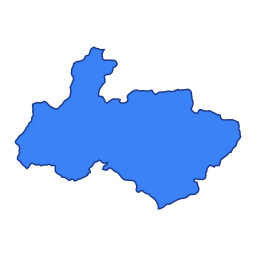 Tarumirim, Minas Gerais, Brazil
{"feature_id": "56859067B24314979756664", "entity_name": "Tarumirim", "entity_type": "district", "adm_level": 2, "iso_a3": "BRA", "parent_name": "Brazil", "parent_adm1": "Minas Gerais", "projection": "mercator", "projection_center": [-41.91, -19.288], "detail": "fine", "context": "isolated", "style": "filled", "palette": "blue", "viewbox_px": 256, "rotation_deg": 0, "n_neighbors": 0, "source": "geoboundaries", "source_scale": "gbopen_adm2", "svg_char_len": 4514}
<svg xmlns="http://www.w3.org/2000/svg" viewBox="0 0 256 256"><path d="M231.0,152.3L231.8,150.4L233.0,148.3L234.6,146.9L235.9,145.8L236.6,143.7L237.1,141.8L238.0,140.3L239.5,138.8L240.6,136.9L240.0,134.4L240.0,132.5L239.7,130.8L238.6,129.1L239.1,126.8L238.8,124.5L238.2,122.3L236.2,121.4L234.5,120.5L232.4,119.8L230.0,119.8L227.5,119.8L225.6,120.0L223.4,119.9L221.5,119.2L220.6,117.6L220.2,115.3L218.5,114.7L216.9,114.6L215.0,113.4L212.7,112.4L211.1,111.4L209.0,110.7L207.4,111.1L204.8,111.1L202.6,110.2L201.2,109.8L199.7,109.7L198.5,111.0L197.7,113.3L195.4,113.0L193.2,111.9L192.1,110.6L191.1,109.4L192.0,107.1L192.9,104.6L192.9,102.9L192.7,100.6L191.9,98.6L191.8,96.9L191.5,94.8L191.3,92.3L190.0,90.2L187.8,89.3L185.6,89.6L183.4,89.9L181.6,89.9L179.7,90.4L178.3,89.5L176.3,90.0L174.2,91.1L171.9,91.6L170.0,91.3L168.1,91.1L166.1,91.6L164.7,91.9L162.5,92.1L160.1,92.1L158.4,92.6L157.1,93.6L155.5,94.5L154.1,93.5L153.0,92.2L152.3,90.6L150.4,90.3L148.6,91.2L145.9,91.0L143.1,90.6L141.0,91.1L139.5,90.8L137.1,90.1L134.9,90.3L133.1,91.2L131.6,91.9L130.4,93.1L128.7,94.3L127.3,96.3L127.6,98.3L127.9,99.8L127.2,101.5L125.4,102.7L123.7,103.0L122.1,103.1L120.3,102.7L119.3,101.6L120.2,99.8L118.3,99.2L116.1,99.1L114.3,98.9L112.3,99.3L110.4,100.6L108.7,101.9L106.9,103.0L105.2,102.0L104.3,99.8L103.7,98.3L102.4,96.6L100.5,96.4L98.9,96.3L98.5,94.5L98.8,92.3L99.2,90.4L100.2,88.1L101.8,85.9L102.9,84.3L104.7,82.5L105.0,79.5L104.2,77.2L104.7,75.6L106.3,74.6L108.2,74.4L110.0,74.1L111.7,72.7L112.7,70.6L113.0,68.1L114.3,67.2L115.9,66.3L117.1,64.2L116.4,62.0L114.6,60.4L112.5,60.3L108.4,60.2L106.7,60.3L104.6,60.1L102.7,59.2L102.3,56.5L102.2,54.7L102.4,53.1L103.2,51.3L104.1,49.6L102.2,49.7L100.0,49.6L98.3,48.8L95.5,48.2L94.2,47.2L92.1,48.2L90.6,49.7L90.2,51.3L89.6,53.3L88.7,55.2L85.7,55.9L84.8,57.5L84.2,59.1L82.7,60.2L81.2,60.8L79.6,61.3L77.4,61.6L75.4,62.3L73.6,63.8L73.3,66.2L72.1,68.1L71.6,71.0L71.4,73.2L72.0,75.3L73.5,77.4L73.4,80.1L72.3,82.2L71.7,84.5L70.7,85.9L70.2,87.4L70.7,89.4L71.0,91.6L70.4,93.6L70.2,95.6L69.1,97.8L67.4,99.1L65.6,100.1L64.0,101.5L63.0,103.4L61.7,104.9L59.9,106.3L58.0,108.6L55.8,108.9L54.1,108.5L52.6,107.6L50.9,106.7L49.1,105.5L47.4,103.5L46.0,102.0L44.3,101.4L42.2,102.5L40.0,103.2L38.4,102.5L36.5,102.8L34.4,103.5L32.6,104.3L32.8,106.9L33.1,109.2L32.8,111.1L33.0,112.9L33.5,114.8L32.4,116.5L31.7,118.4L31.7,120.4L31.0,121.7L29.3,122.8L28.6,124.3L28.0,126.0L26.4,127.3L25.8,129.0L24.7,130.6L23.7,132.2L22.3,133.9L20.5,135.1L18.9,136.6L17.6,138.8L16.2,140.1L15.4,141.7L16.1,143.6L18.0,144.8L19.1,146.1L19.7,147.9L19.1,150.4L19.5,153.4L18.7,155.0L17.9,156.2L17.4,159.0L19.0,160.7L20.4,161.5L21.3,163.3L23.2,165.2L25.0,166.7L27.0,168.6L28.2,167.6L29.1,166.3L30.2,164.5L31.8,162.9L33.2,163.7L35.0,164.6L36.8,165.1L39.1,164.4L40.7,165.7L42.6,165.3L44.7,164.7L46.6,165.1L48.1,164.4L49.9,164.4L51.6,165.7L53.9,165.4L55.5,166.3L55.3,168.7L55.2,171.1L56.4,172.6L58.0,174.0L60.1,174.8L62.1,177.2L64.3,177.2L65.8,178.1L67.3,179.0L68.8,180.2L70.3,180.2L71.4,179.1L73.1,179.3L74.6,181.0L76.7,180.4L78.0,179.2L79.9,179.1L81.5,178.3L83.4,177.3L86.1,176.1L87.8,174.8L88.4,172.8L90.2,172.6L90.0,170.4L88.8,169.2L89.9,167.8L92.0,166.2L93.5,164.0L94.2,162.7L95.7,162.1L97.4,161.4L98.9,160.0L101.0,161.1L102.4,162.6L104.2,163.4L105.9,162.9L107.5,162.5L107.0,164.0L105.8,165.1L104.4,165.7L103.6,167.0L102.7,169.1L104.3,169.8L105.9,170.2L107.5,169.7L108.5,168.3L110.7,168.0L112.7,169.5L114.2,170.9L115.9,171.8L117.9,172.8L118.9,173.9L120.1,175.4L121.7,177.4L123.0,178.9L124.8,179.8L127.6,180.1L129.9,180.3L132.1,180.5L134.0,181.0L135.4,182.2L136.0,183.7L136.7,185.6L136.7,187.8L136.1,190.1L137.4,192.0L139.4,192.0L140.7,190.8L142.8,190.7L144.2,192.4L146.3,193.5L148.3,193.9L149.7,195.3L151.7,196.9L153.7,198.3L155.1,199.8L156.6,201.5L157.3,203.3L158.1,204.9L158.4,206.8L158.3,208.8L159.8,208.7L161.4,208.0L162.9,207.5L164.3,206.3L165.6,205.1L167.3,204.0L169.5,204.2L171.1,203.3L172.7,202.3L174.1,201.6L175.3,200.7L176.9,200.1L178.6,199.3L180.7,198.6L183.8,198.2L185.6,197.6L187.0,196.9L188.3,195.9L189.9,194.5L191.7,194.5L194.1,194.4L196.1,193.6L197.7,192.2L198.6,190.2L198.8,188.6L198.1,186.5L197.4,184.5L196.9,182.4L194.3,181.7L193.7,180.1L194.9,179.2L197.1,178.9L198.6,179.4L200.9,179.4L203.5,179.4L205.2,178.1L205.9,175.8L205.6,173.5L206.6,171.4L207.0,169.1L208.1,166.9L210.1,165.2L212.1,165.9L214.2,167.0L215.5,165.5L217.3,165.6L219.2,165.6L219.9,164.0L220.2,162.2L220.9,159.7L222.5,158.5L224.3,157.0L226.4,155.6L227.8,154.2L229.3,152.4L231.0,152.3Z" fill="#3b82f6" stroke="#1e3a8a" stroke-width="1.5"/></svg>